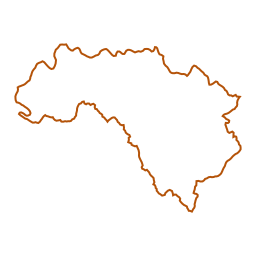 outline of Medeiros, Minas Gerais, Brazil
{"feature_id": "56859067B84932936510356", "entity_name": "Medeiros", "entity_type": "district", "adm_level": 2, "iso_a3": "BRA", "parent_name": "Brazil", "parent_adm1": "Minas Gerais", "projection": "natural_earth1", "projection_center": [-46.359, -20.022], "detail": "fine", "context": "isolated", "style": "outline", "palette": "amber", "viewbox_px": 256, "rotation_deg": 0, "n_neighbors": 0, "source": "geoboundaries", "source_scale": "gbopen_adm2", "svg_char_len": 5154}
<svg xmlns="http://www.w3.org/2000/svg" viewBox="0 0 256 256"><path d="M239.8,96.8L238.0,96.6L236.7,96.5L235.7,94.9L234.3,95.5L232.7,96.3L231.2,95.4L229.6,95.4L228.1,94.4L227.4,92.5L226.4,90.8L225.0,90.0L224.1,88.2L222.7,86.8L221.0,85.7L219.5,84.8L218.3,83.8L217.3,81.9L215.8,81.5L214.2,82.7L212.7,83.8L210.8,84.7L209.4,84.7L208.9,83.0L208.7,81.2L208.4,79.3L208.0,77.6L207.3,76.3L205.9,75.5L204.5,74.6L203.8,73.3L202.8,72.2L201.7,71.4L200.3,70.0L199.0,68.7L197.6,67.9L196.1,66.3L194.1,65.6L192.5,67.0L191.4,69.1L190.3,71.8L188.9,73.7L188.0,75.0L187.0,75.9L185.5,74.5L183.8,74.0L181.7,74.1L179.9,73.6L178.4,73.0L176.5,72.7L174.6,73.2L172.8,73.2L171.5,72.9L170.3,72.1L169.3,70.5L168.3,68.6L167.3,67.1L165.6,65.7L164.0,63.6L163.6,61.2L163.0,58.8L163.4,56.3L161.6,55.0L159.5,54.3L158.5,52.4L157.8,50.3L157.2,48.3L156.3,47.3L155.0,47.1L154.3,49.5L153.2,51.1L151.6,51.5L150.0,49.9L148.1,49.0L146.4,48.9L144.5,49.1L143.0,50.8L140.8,51.7L138.5,51.2L136.6,51.8L135.0,52.4L133.0,51.4L131.2,50.4L129.7,49.9L128.0,49.8L126.3,50.7L125.3,52.4L124.4,53.9L122.9,54.0L121.7,53.4L120.6,52.3L119.4,51.5L117.6,51.5L116.4,53.3L115.8,55.7L113.7,56.0L112.2,55.0L110.6,53.2L108.9,51.3L107.3,49.7L106.1,49.0L104.3,49.3L102.1,50.2L100.3,51.5L99.3,53.7L97.9,55.0L95.7,55.5L94.0,56.5L91.9,57.5L89.8,57.5L88.5,56.9L87.1,56.4L85.3,55.3L83.3,54.3L81.6,53.5L80.6,51.9L80.1,50.3L79.2,48.7L77.8,47.8L76.4,48.2L75.1,48.8L74.0,49.5L72.8,50.6L71.3,50.4L69.9,49.4L68.5,48.3L67.5,46.5L66.2,44.4L64.1,44.7L62.2,44.5L60.2,44.7L58.8,46.6L57.9,47.8L56.9,48.8L55.8,49.7L55.2,51.5L54.4,53.5L54.3,56.2L55.2,58.2L56.0,60.0L55.6,63.6L54.7,66.2L53.4,68.5L51.4,69.0L49.7,68.1L48.0,66.5L47.0,65.4L46.1,64.4L45.2,63.3L44.2,62.2L42.5,61.3L40.9,62.2L38.9,62.9L37.2,63.8L36.1,65.6L35.3,67.7L33.7,69.5L32.4,71.4L31.7,73.4L31.2,75.3L30.4,77.0L30.2,78.6L29.5,80.4L27.8,81.5L26.1,83.1L24.7,84.3L23.3,85.0L21.9,85.5L20.5,86.1L19.2,86.5L17.7,87.4L18.0,89.4L17.7,91.3L16.8,92.9L16.0,94.5L15.4,96.4L15.5,98.6L15.7,100.3L16.6,102.3L18.7,102.8L20.4,103.7L21.6,104.8L23.3,105.5L24.6,106.6L26.9,108.1L28.6,109.6L29.9,111.3L30.5,113.1L29.9,114.7L28.0,115.6L26.6,115.7L25.4,115.1L24.2,114.0L22.8,113.1L21.1,112.4L19.7,112.7L19.0,114.0L20.2,115.1L21.3,115.9L22.4,116.6L23.8,117.6L25.2,118.6L26.9,119.0L28.2,119.8L29.6,120.8L31.1,121.7L32.6,122.6L34.1,122.6L35.5,122.2L36.9,122.7L38.3,123.0L39.9,121.7L41.0,120.0L42.0,118.8L42.8,117.4L43.9,116.1L45.2,115.1L46.3,116.0L47.9,116.3L50.0,117.1L51.6,117.4L52.8,117.2L53.6,118.7L54.9,120.0L56.4,120.7L58.4,120.4L60.3,120.0L61.4,121.6L63.2,121.7L65.1,121.2L66.8,121.5L68.1,121.2L69.5,121.3L71.0,120.9L72.2,119.4L74.2,118.6L74.8,117.2L76.1,115.6L76.2,113.5L76.6,112.1L77.0,110.4L77.1,108.5L77.5,107.1L78.3,105.4L79.2,103.9L80.8,103.5L82.2,101.9L83.8,101.5L84.5,103.5L86.1,104.3L87.2,103.5L89.0,103.5L90.5,105.0L92.0,104.2L93.4,103.8L95.1,105.2L94.7,107.2L95.3,108.9L96.8,109.1L97.8,110.7L98.9,111.6L99.7,113.0L101.0,113.7L102.2,114.7L102.4,116.6L104.3,117.6L105.2,118.9L106.5,120.2L107.5,121.7L108.5,120.4L110.4,119.0L111.7,118.0L113.2,117.4L114.7,117.5L115.8,118.8L117.0,120.0L117.8,122.0L119.0,122.8L120.1,124.5L121.8,125.2L123.6,125.0L124.0,127.7L123.8,129.4L125.1,130.7L125.8,132.7L127.6,134.2L129.4,135.0L130.1,136.7L128.7,137.8L128.9,139.9L128.2,142.2L129.7,142.8L131.3,143.3L131.6,144.8L133.0,145.5L135.0,146.3L136.7,145.9L137.5,147.7L138.6,150.2L139.1,152.8L139.0,155.5L139.2,157.0L139.9,158.6L140.8,160.5L141.7,162.2L142.2,163.7L142.7,165.4L141.7,167.2L142.2,168.7L143.6,169.2L145.3,170.4L146.9,169.8L148.1,171.2L149.2,172.4L149.8,174.0L150.9,175.5L152.4,176.8L153.6,178.1L153.8,180.0L154.4,182.2L153.4,184.4L154.7,185.0L155.5,186.4L155.7,188.0L156.7,189.0L156.7,190.7L157.9,192.1L158.8,193.4L160.0,194.0L161.1,194.8L162.1,195.6L163.4,195.3L164.8,194.9L165.3,193.2L166.6,191.9L167.9,190.7L169.7,189.9L172.0,191.0L172.9,193.8L173.1,195.3L174.5,194.6L176.0,194.6L177.6,196.2L179.3,197.3L180.2,198.7L179.8,200.6L180.9,202.1L182.3,203.6L184.0,205.0L185.5,205.7L186.9,206.5L187.3,208.1L188.1,209.3L188.8,210.8L190.2,210.9L191.9,211.6L193.2,209.1L194.3,207.7L194.8,206.0L194.6,204.2L195.0,202.8L195.5,200.6L196.3,198.1L197.6,196.6L197.7,195.0L196.5,193.9L195.0,193.7L193.6,193.0L194.0,191.4L194.7,189.5L195.1,186.6L196.3,185.4L196.4,183.6L196.5,181.1L198.5,180.9L200.4,181.5L202.6,181.4L204.3,180.1L205.1,178.9L206.8,178.4L208.7,177.2L210.6,176.9L211.9,177.2L213.7,177.0L215.2,176.4L216.5,176.4L218.1,176.0L219.8,174.8L221.1,173.5L222.2,171.3L222.8,169.8L223.6,168.1L224.9,166.0L225.5,164.0L226.2,162.3L227.5,160.9L229.4,159.8L231.0,158.4L232.8,156.3L234.4,154.9L235.6,154.0L237.0,153.4L238.5,152.2L239.9,150.5L240.6,149.3L240.6,147.6L240.4,145.9L239.0,144.4L238.6,142.4L237.7,141.2L236.4,139.9L236.6,138.2L236.2,136.7L234.8,136.3L233.4,137.0L233.5,134.8L233.6,132.7L232.3,131.6L231.0,132.2L229.3,132.9L227.7,131.7L227.1,129.4L226.4,127.6L226.0,126.2L225.4,124.8L225.8,122.9L228.0,123.0L229.0,122.2L229.2,120.6L227.9,119.7L226.2,119.0L224.8,117.4L222.7,116.1L223.7,114.8L225.1,114.1L226.8,113.7L228.6,112.9L230.5,111.5L232.8,109.6L234.6,109.0L235.5,107.6L236.9,106.1L237.3,104.4L237.1,102.7L237.5,100.6L238.6,98.4L239.8,96.8Z" fill="none" stroke="#b45309" stroke-width="2"/></svg>